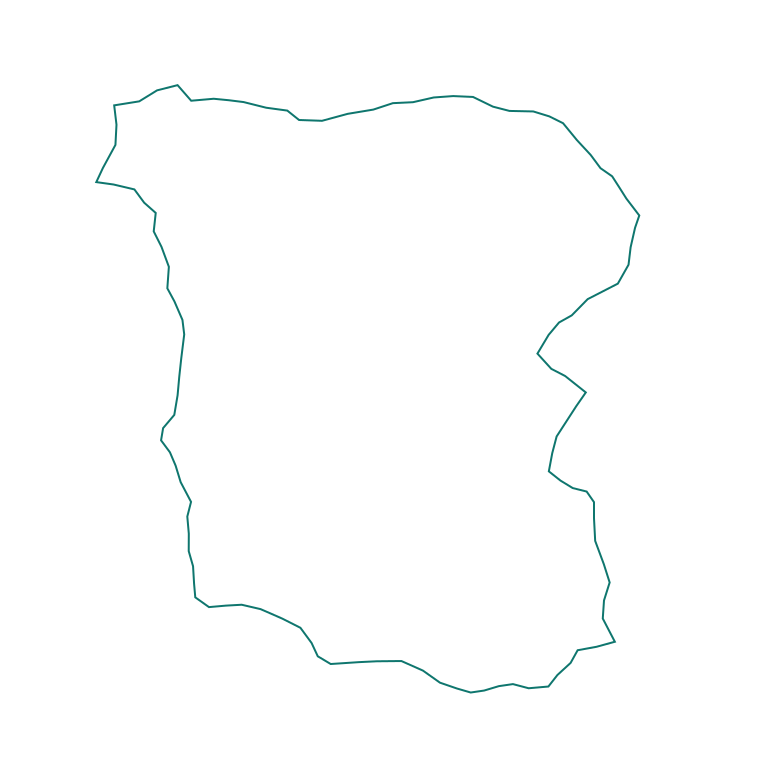 the district of Nipoã, São Paulo, Brazil, rotated 85°
{"feature_id": "56859067B34709054830061", "entity_name": "Nipoã", "entity_type": "district", "adm_level": 2, "iso_a3": "BRA", "parent_name": "Brazil", "parent_adm1": "São Paulo", "projection": "mercator", "projection_center": [-49.777, -20.892], "detail": "fine", "context": "isolated", "style": "outline", "palette": "teal", "viewbox_px": 768, "rotation_deg": 85, "n_neighbors": 0, "source": "geoboundaries", "source_scale": "gbopen_adm2", "svg_char_len": 1536}
<svg xmlns="http://www.w3.org/2000/svg" viewBox="0 0 768 768"><g transform="rotate(85 384 384)"><path d="M591.0,577.8L591.0,560.8L591.5,545.0L597.5,526.6L608.9,505.7L619.6,488.5L635.7,478.7L649.5,473.7L658.3,461.5L658.9,433.1L659.6,415.3L661.5,390.8L672.9,370.2L686.4,354.3L693.7,337.9L698.9,324.5L698.1,310.9L695.0,295.9L694.2,281.7L699.7,266.4L699.7,246.6L689.0,236.6L678.1,222.4L666.1,214.3L664.3,195.1L660.9,176.5L636.7,186.5L618.8,183.7L601.4,176.5L582.7,180.7L558.7,187.3L536.1,186.5L520.0,185.1L508.8,191.5L504.1,205.1L495.6,216.6L485.4,227.4L467.5,222.4L451.3,216.6L422.7,194.3L410.0,183.7L391.8,202.9L383.5,216.0L367.1,228.5L349.4,215.7L338.0,204.3L332.0,191.0L317.2,173.7L304.4,142.3L286.5,130.0L269.3,126.4L250.3,120.3L238.4,115.0L220.4,126.4L208.0,132.8L197.0,138.6L187.9,149.5L173.9,158.1L157.8,170.6L139.8,182.9L131.8,196.0L125.5,211.5L122.9,235.2L117.2,251.3L105.8,270.3L103.2,290.0L102.9,309.5L105.8,330.6L105.0,350.7L109.7,370.7L111.7,396.6L116.4,422.8L113.6,445.6L103.2,456.5L98.5,477.3L90.9,499.3L87.8,513.8L85.0,528.8L85.0,551.4L68.3,563.6L71.7,584.5L81.1,603.2L82.9,628.5L102.4,627.9L122.4,630.7L144.3,645.2L157.8,653.0L161.7,636.0L168.4,615.7L182.5,607.1L193.7,596.5L211.9,600.1L228.0,593.7L248.5,588.1L269.8,591.5L283.4,585.6L302.6,579.2L317.2,578.7L340.6,583.7L358.8,587.3L377.2,590.6L396.5,595.6L408.7,607.9L420.7,611.0L433.4,603.2L447.2,598.7L464.1,595.1L484.6,586.5L498.9,591.5L516.1,591.5L533.5,593.1L548.9,590.1L566.3,590.6L580.1,590.6L591.0,577.8Z" fill="none" stroke="#0f766e" stroke-width="2"/></g></svg>